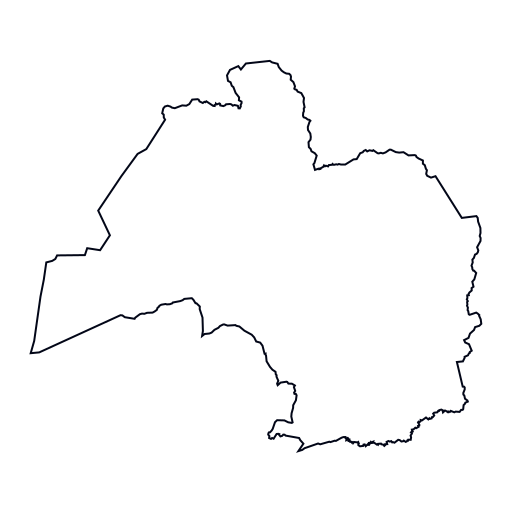 the district of Twifo Atti-morkwa, Central, Ghana
{"feature_id": "2480657B2289284937660", "entity_name": "Twifo Atti-morkwa", "entity_type": "district", "adm_level": 2, "iso_a3": "GHA", "parent_name": "Ghana", "parent_adm1": "Central", "projection": "orthographic", "projection_center": [-1.532, 5.68], "detail": "fine", "context": "isolated", "style": "outline", "palette": "ink", "viewbox_px": 512, "rotation_deg": 0, "n_neighbors": 0, "source": "geoboundaries", "source_scale": "gbopen_adm2", "svg_char_len": 6082}
<svg xmlns="http://www.w3.org/2000/svg" viewBox="0 0 512 512"><path d="M269.1,438.0L271.0,438.9L272.1,438.0L273.6,438.7L276.6,434.0L278.3,433.8L279.3,434.1L279.1,434.8L280.4,436.4L282.1,435.9L283.3,434.6L284.6,434.7L285.6,435.6L299.1,438.0L300.3,440.2L303.4,443.7L298.4,451.1L302.3,449.9L304.6,448.2L318.1,443.5L320.2,444.3L329.3,441.7L330.4,442.1L334.7,440.7L335.9,440.9L341.6,437.7L343.3,437.1L345.4,437.0L346.3,437.5L345.7,437.3L345.3,437.8L346.5,438.9L346.3,440.2L347.7,439.6L347.2,438.1L347.7,437.9L348.7,439.1L348.6,440.3L349.2,440.0L349.1,440.8L349.8,440.6L350.2,441.9L351.4,441.8L351.9,442.6L352.6,442.2L353.1,443.2L354.1,442.0L357.6,442.4L358.2,442.0L358.8,443.5L358.3,443.9L358.4,445.2L360.0,446.3L363.2,445.9L363.5,444.6L364.7,444.4L365.7,446.2L367.7,444.3L368.1,444.9L368.8,444.9L368.9,442.9L369.6,442.8L369.9,443.5L370.8,442.0L371.2,442.5L372.9,441.8L372.4,442.9L374.1,442.7L376.9,444.6L377.5,444.1L378.1,444.7L378.6,443.8L381.0,443.6L381.4,444.3L383.2,444.6L384.3,445.9L385.3,445.0L385.2,444.2L387.2,444.1L386.6,441.9L388.4,441.0L389.9,441.6L391.2,441.1L392.2,442.4L392.9,442.1L394.5,442.7L398.2,439.8L399.7,440.1L401.4,441.5L403.2,441.2L403.8,440.6L405.7,441.9L406.9,441.3L407.4,440.4L408.0,440.6L408.3,439.7L410.7,439.8L411.1,437.4L410.6,435.5L411.9,433.6L411.3,432.6L412.7,431.6L412.4,431.1L411.8,431.3L412.2,430.7L411.9,429.6L413.6,429.3L415.3,427.7L416.1,428.2L418.5,426.9L418.1,425.9L419.3,425.5L419.4,424.9L418.0,422.4L418.4,421.9L418.9,422.6L420.5,421.3L420.6,420.0L422.0,420.4L426.0,417.5L428.3,419.4L429.3,418.3L429.8,418.9L431.6,418.4L431.9,417.2L432.8,417.1L434.2,415.5L433.2,413.6L434.2,412.7L437.4,412.3L438.0,411.1L439.0,410.9L438.9,410.4L439.7,410.0L441.4,409.6L442.5,410.2L443.0,412.4L444.0,411.5L444.3,410.6L445.4,410.6L447.4,411.9L447.8,411.6L448.2,412.3L448.8,412.2L449.0,411.6L450.4,411.7L450.8,410.9L454.3,412.3L455.7,411.6L459.6,411.9L461.1,409.9L462.6,409.9L463.2,409.1L463.6,405.1L465.0,403.7L465.3,402.7L467.8,401.6L467.4,400.5L465.0,398.7L464.3,395.5L463.4,394.6L463.3,393.0L464.7,389.4L464.7,387.5L464.1,386.7L462.7,386.6L456.9,362.0L462.9,361.4L464.6,357.9L464.6,356.8L468.0,355.3L468.9,353.4L469.8,352.9L469.8,352.0L471.7,350.7L469.0,344.2L465.2,342.5L464.1,340.1L468.5,337.9L470.0,333.6L474.0,330.0L475.1,327.1L479.3,325.8L481.3,323.8L480.7,319.3L479.1,315.8L479.3,315.0L477.6,313.5L476.2,312.6L469.7,314.8L468.8,314.3L468.2,311.0L467.6,310.1L467.9,307.6L467.0,305.7L467.4,304.6L467.1,302.0L467.8,301.1L466.8,299.3L467.4,298.1L467.2,295.4L468.8,295.2L468.5,294.1L469.4,292.5L471.7,290.5L471.6,288.1L473.5,286.7L472.3,281.7L474.3,279.4L476.2,273.0L474.1,270.7L473.3,270.7L472.4,269.2L472.2,267.3L471.5,265.7L472.7,262.5L472.4,259.6L473.9,257.9L475.0,254.6L476.7,253.8L477.8,252.3L478.3,250.4L477.1,247.2L480.5,241.0L480.6,238.0L479.7,236.0L480.5,233.0L480.4,228.0L478.1,221.6L477.7,217.9L476.4,216.1L461.8,217.9L435.5,176.2L431.0,177.6L427.2,175.8L426.2,173.9L426.9,170.2L425.9,168.8L424.8,165.2L422.9,163.7L422.9,160.5L418.6,158.5L416.5,157.0L415.9,155.6L414.8,155.1L408.5,155.4L403.5,152.2L399.2,152.6L395.8,152.1L390.9,149.7L389.5,149.7L385.6,152.4L382.9,153.4L380.8,152.8L378.8,153.4L377.6,153.2L373.3,150.2L372.5,150.9L369.5,150.3L367.2,151.4L365.7,150.0L363.8,150.9L362.7,152.3L360.2,153.2L356.7,159.1L353.5,159.4L345.3,164.5L340.8,164.5L338.9,164.0L337.6,164.6L336.2,164.3L334.1,164.8L333.0,164.7L332.6,164.0L331.8,164.8L328.8,165.1L328.1,166.4L325.9,165.7L325.0,166.3L324.0,165.4L323.3,166.8L320.6,168.3L320.5,168.9L319.2,169.2L319.0,168.6L318.4,168.7L315.0,169.9L313.4,164.3L314.4,163.1L316.7,155.6L314.8,153.2L311.5,151.3L310.6,148.9L308.9,147.2L308.5,142.2L310.5,139.6L310.8,137.0L310.3,133.5L308.0,130.0L307.8,127.0L309.5,121.9L310.4,120.8L309.5,119.9L307.7,119.5L305.8,118.0L303.7,117.3L303.0,115.8L303.2,112.8L303.9,111.2L303.8,108.3L304.6,107.3L303.5,101.9L304.0,98.0L301.3,93.1L297.6,91.6L296.6,89.8L295.3,89.5L294.3,88.7L295.0,86.3L293.4,82.1L290.7,79.7L291.0,76.7L290.5,75.1L289.2,73.8L286.3,73.5L283.9,72.3L281.6,70.6L278.8,67.1L277.6,63.8L272.1,62.4L269.8,60.9L245.9,63.5L240.9,69.5L238.3,66.1L230.0,69.9L227.0,75.4L228.0,80.9L230.6,82.3L231.8,85.8L233.4,87.1L235.6,92.9L239.1,97.4L238.9,100.3L241.5,101.6L241.6,103.0L240.6,105.0L240.8,106.4L239.8,108.4L238.5,108.3L237.9,105.8L234.5,105.0L232.8,105.7L231.4,104.4L230.0,104.0L226.0,104.3L225.3,105.2L223.4,106.1L220.2,105.4L220.1,103.9L219.4,103.4L216.8,104.4L215.9,103.6L215.8,104.4L214.6,105.1L214.6,106.0L213.2,105.9L206.3,101.3L205.4,102.2L204.4,101.8L202.8,103.0L199.5,101.4L198.7,99.7L197.6,99.2L192.2,99.6L189.3,104.1L186.3,105.7L182.2,105.4L174.8,108.2L171.9,107.6L170.5,106.6L167.7,105.7L164.9,106.5L163.3,108.4L162.2,113.3L163.7,114.6L163.8,117.5L165.1,119.7L146.3,149.1L137.6,153.9L121.4,176.1L98.2,210.6L109.9,235.3L100.1,250.2L87.2,248.2L84.9,255.1L57.1,255.4L55.3,259.0L52.2,260.9L46.3,262.4L43.8,279.7L40.5,296.5L34.2,340.9L30.7,353.2L39.2,352.4L120.5,315.2L122.4,315.4L124.8,317.2L134.6,318.8L135.2,317.7L139.9,314.2L142.0,313.6L144.4,313.8L147.1,312.8L152.6,312.6L154.6,311.5L156.8,309.9L157.6,307.7L158.7,307.0L159.4,305.8L161.3,304.7L165.6,304.0L166.9,304.4L169.9,304.2L172.3,303.3L172.8,302.5L180.2,301.1L182.6,300.2L184.3,298.9L191.8,298.2L193.4,299.8L195.5,303.2L196.5,303.3L199.8,306.5L199.7,309.1L202.5,317.6L202.9,331.0L202.1,336.0L204.6,334.0L209.4,333.5L211.6,332.6L214.5,329.8L218.4,327.8L219.9,326.1L223.1,324.5L224.2,324.4L227.6,325.6L235.5,325.1L236.3,325.8L239.4,326.5L244.4,330.7L251.7,334.7L254.2,337.4L256.2,341.5L260.2,342.6L262.5,345.7L264.5,353.6L265.4,353.6L265.1,354.2L266.0,355.3L266.6,361.3L270.0,366.9L272.4,369.7L275.5,371.8L275.8,374.4L276.6,375.2L276.5,376.7L278.3,380.8L277.1,383.7L277.7,385.2L280.6,382.6L286.5,381.7L287.3,382.0L288.4,383.6L291.9,383.7L294.9,385.5L293.9,387.1L295.2,390.9L294.1,392.6L294.5,393.9L295.8,393.9L296.6,395.3L295.9,400.3L293.2,405.2L293.1,407.9L291.6,413.2L291.3,416.5L292.6,422.4L291.8,422.9L288.2,422.3L284.4,420.4L277.1,420.2L275.0,422.2L272.7,428.9L271.7,430.5L270.0,432.3L268.9,432.4L268.4,433.3L268.2,434.6L269.4,436.1L269.1,438.0Z" fill="none" stroke="#020617" stroke-width="2"/></svg>